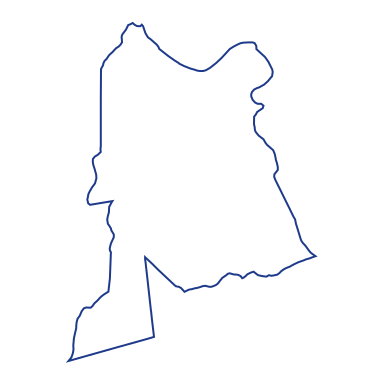 the district of Glória, Bahia, Brazil
{"feature_id": "56859067B59812868338387", "entity_name": "Glória", "entity_type": "district", "adm_level": 2, "iso_a3": "BRA", "parent_name": "Brazil", "parent_adm1": "Bahia", "projection": "mercator", "projection_center": [-38.437, -9.244], "detail": "fine", "context": "isolated", "style": "outline", "palette": "blue", "viewbox_px": 384, "rotation_deg": 0, "n_neighbors": 0, "source": "geoboundaries", "source_scale": "gbopen_adm2", "svg_char_len": 3225}
<svg xmlns="http://www.w3.org/2000/svg" viewBox="0 0 384 384"><path d="M258.8,135.7L256.9,133.5L255.4,131.4L254.9,129.7L254.6,126.9L254.0,124.2L254.1,116.8L256.0,114.2L257.2,111.9L262.7,108.2L263.5,105.7L261.2,103.8L257.6,103.8L255.1,102.5L252.7,99.9L251.3,96.6L251.2,94.3L252.0,92.0L254.1,89.6L256.9,88.1L259.1,87.4L264.1,84.6L268.0,81.1L272.1,76.1L272.7,72.0L272.3,69.7L271.5,68.0L268.4,61.8L265.0,57.0L256.4,49.1L256.3,45.9L254.6,43.1L252.6,42.4L248.2,42.4L242.9,42.7L240.6,43.2L238.2,44.2L233.6,46.6L229.9,48.9L221.9,57.6L216.3,62.9L210.1,67.8L206.0,70.2L203.2,71.0L199.6,71.0L196.8,70.5L194.6,69.7L190.6,68.6L184.2,66.1L179.5,63.8L178.2,62.7L175.4,61.0L171.8,58.5L168.4,56.1L159.2,48.9L158.5,47.0L156.8,44.7L150.8,39.4L147.9,37.3L145.4,33.1L143.1,26.3L141.8,24.7L140.4,26.1L138.7,26.2L136.8,26.0L134.7,24.8L132.6,23.0L130.7,24.1L128.2,25.1L127.1,27.3L126.1,29.4L124.1,32.1L122.8,33.8L121.9,35.4L121.6,37.4L121.9,39.7L122.0,42.4L120.5,44.7L118.6,46.6L116.1,48.2L114.3,50.1L112.5,52.1L110.7,53.7L109.2,55.1L108.1,56.6L106.7,58.8L104.6,60.9L103.5,63.0L103.0,65.4L102.1,66.9L101.0,69.1L100.8,99.3L100.8,101.4L100.8,146.4L100.5,148.6L100.7,152.0L97.8,154.8L94.8,156.6L92.9,159.0L92.8,161.8L93.3,165.0L94.6,168.9L96.2,174.7L96.4,178.3L95.0,183.4L91.8,187.7L89.4,192.0L88.4,194.1L87.8,197.5L87.3,199.5L88.2,203.3L90.1,204.8L112.4,201.1L111.4,202.7L109.2,206.8L109.0,210.5L108.9,212.3L107.9,216.0L107.2,219.5L107.9,223.8L109.5,226.1L110.9,228.4L111.3,230.3L112.4,232.1L113.8,234.4L113.8,237.2L113.0,239.0L111.9,241.3L110.8,243.9L110.1,246.7L109.7,248.5L110.0,250.7L110.9,252.2L109.9,278.4L108.4,291.7L106.4,292.9L104.2,294.3L101.5,296.3L99.4,298.4L98.1,299.9L96.7,301.3L95.4,302.4L94.1,303.7L92.5,306.1L90.7,307.7L86.1,307.5L83.9,308.3L81.7,311.2L79.8,315.7L77.6,318.7L76.7,321.8L76.3,325.3L76.2,328.3L74.8,334.2L73.9,338.5L73.6,342.0L73.3,345.4L73.5,349.5L72.9,353.1L71.4,357.4L68.5,361.0L93.3,354.0L117.8,347.1L142.3,340.3L150.3,338.0L154.0,336.9L151.8,318.2L151.1,311.4L150.8,309.4L149.9,301.2L147.2,276.9L145.5,261.9L145.1,259.2L145.1,257.2L152.2,263.8L155.0,266.6L158.0,269.6L175.7,286.2L179.0,286.9L180.9,287.9L182.6,289.7L184.5,291.8L187.1,290.5L189.1,289.6L192.1,289.1L194.4,288.4L197.7,287.8L200.6,286.9L202.8,286.1L205.2,285.8L207.4,286.3L209.3,286.8L211.3,286.8L213.7,286.0L216.0,285.0L218.1,283.3L220.2,280.5L222.3,277.9L224.8,276.2L226.3,275.2L227.8,273.8L229.7,273.3L231.5,273.8L234.0,274.5L236.4,274.6L238.3,274.9L240.6,276.1L242.2,278.2L244.0,277.4L245.7,276.0L247.2,274.4L248.8,273.6L250.8,272.6L253.6,271.7L257.9,275.1L260.3,275.7L264.1,276.4L266.5,276.6L268.9,275.2L271.6,275.8L274.8,275.2L277.3,274.6L279.4,273.1L281.3,271.1L283.2,269.7L285.5,268.4L287.7,267.4L289.6,266.8L291.2,265.8L294.4,264.1L298.0,262.4L301.8,261.0L303.4,260.5L306.2,259.3L308.0,258.8L309.7,258.3L312.3,257.3L315.5,256.2L310.8,252.8L308.7,250.3L305.8,246.2L302.8,242.9L301.5,241.1L300.7,239.1L296.9,226.7L296.0,223.9L295.1,219.4L293.5,216.7L290.9,211.4L289.9,209.3L283.6,196.6L282.2,193.7L275.5,180.2L274.2,177.0L274.4,174.2L275.5,172.9L277.8,169.9L277.8,167.1L276.8,162.6L275.9,159.9L275.5,157.5L275.1,155.6L274.7,153.9L273.2,150.2L267.1,144.9L265.6,143.0L263.5,139.3L258.8,135.7Z" fill="none" stroke="#1e3a8a" stroke-width="2"/></svg>